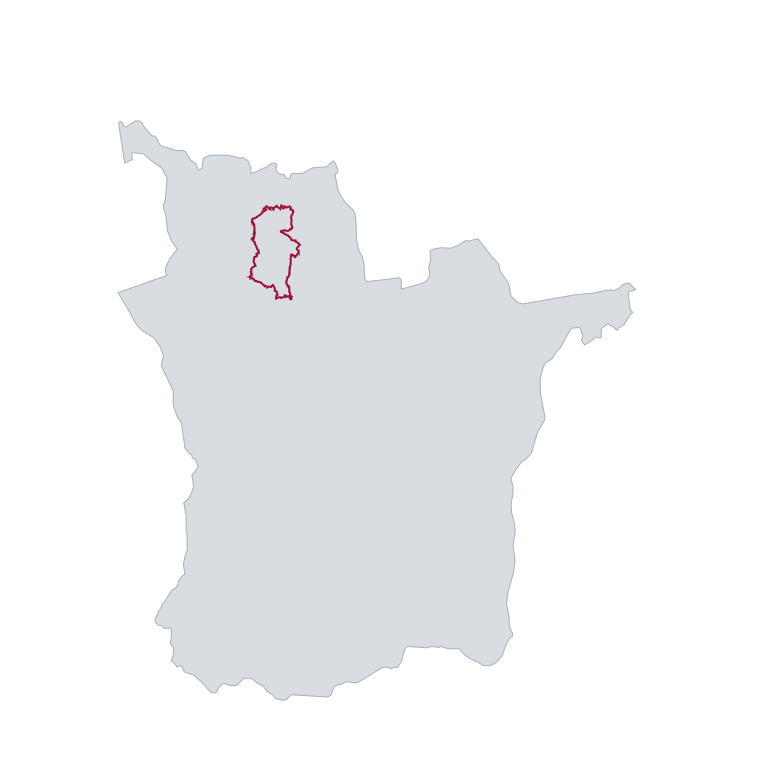 Kamina, Katanga, Democratic Republic of the Congo (highlighted), rotated 171°
{"feature_id": "63176286B31000864957103", "entity_name": "Kamina", "entity_type": "district", "adm_level": 2, "iso_a3": "COD", "parent_name": "Democratic Republic of the Congo", "parent_adm1": "Katanga", "projection": "natural_earth1", "projection_center": [24.927, -8.635], "detail": "fine", "context": "in_parent", "style": "outline", "palette": "rose", "viewbox_px": 768, "rotation_deg": 171, "n_neighbors": 0, "source": "geoboundaries", "source_scale": "gbopen_adm2", "svg_char_len": 9651}
<svg xmlns="http://www.w3.org/2000/svg" viewBox="0 0 768 768"><g transform="rotate(171 384 384)"><path d="M632.4,515.8L581.3,525.2L582.3,528.5L581.8,532.1L580.5,534.8L575.3,542.1L567.5,548.9L567.5,550.5L571.3,558.0L573.8,568.3L573.1,586.4L574.1,591.3L573.9,595.1L571.3,599.4L566.1,621.2L569.5,631.8L579.6,641.7L585.4,649.0L595.4,651.6L597.0,651.2L597.6,645.1L605.5,642.8L605.4,681.7L604.8,683.9L603.3,684.4L601.4,683.2L600.8,679.4L598.7,677.9L589.1,682.6L586.6,682.5L583.9,681.7L582.0,679.7L581.4,676.8L574.6,665.4L571.3,664.6L567.5,654.4L552.3,646.9L546.4,646.4L543.4,644.1L540.4,636.0L535.3,630.9L534.2,625.1L533.2,624.3L530.0,625.5L527.4,634.6L523.9,636.7L517.7,636.9L502.0,634.3L490.8,629.6L487.9,629.9L483.4,625.7L481.6,618.7L482.6,613.3L481.7,612.6L464.7,617.1L460.6,619.8L456.7,619.1L455.5,617.6L457.2,613.9L456.4,609.9L455.1,608.0L450.1,606.6L448.5,602.3L445.4,601.6L444.3,602.3L443.6,605.2L441.7,606.2L431.6,604.8L420.9,608.6L406.7,607.5L400.0,612.1L399.0,612.0L397.5,609.7L396.2,602.3L396.9,600.3L399.0,598.8L399.7,595.9L399.0,588.2L399.6,586.4L398.8,582.0L396.7,575.0L393.7,569.3L387.2,560.7L386.0,556.7L386.5,547.1L388.5,531.8L388.2,520.6L385.6,513.2L385.0,505.3L386.7,491.1L385.0,487.7L352.6,486.5L351.3,485.4L350.6,483.5L352.1,475.0L332.4,477.2L326.5,478.8L322.8,482.2L321.6,486.6L321.5,492.7L318.5,498.6L317.7,508.6L312.3,509.7L306.8,509.7L296.3,507.6L286.0,510.4L281.0,513.1L278.4,511.8L269.2,512.8L268.0,512.1L257.4,492.4L252.6,485.9L251.7,482.6L252.1,479.6L250.8,475.5L245.9,465.4L244.9,460.7L245.1,453.3L244.6,450.9L240.1,444.5L237.2,442.4L234.0,441.3L181.0,442.2L163.5,441.0L150.8,441.8L144.3,441.3L142.5,440.3L136.7,441.7L133.6,444.3L129.0,445.7L126.2,445.2L120.7,437.9L128.1,436.6L128.7,435.9L129.1,418.4L127.1,415.9L131.1,412.9L137.5,405.2L143.8,402.4L144.6,400.8L146.0,400.9L148.3,404.2L153.7,408.4L160.5,404.7L161.2,403.6L162.0,396.1L163.7,395.5L166.6,397.1L168.2,397.1L171.1,394.9L179.7,391.2L182.3,396.0L179.9,400.3L181.0,403.4L181.2,408.2L182.6,409.3L189.4,409.8L191.4,408.6L204.8,391.4L208.3,389.4L214.0,382.6L221.5,379.5L224.8,374.1L229.1,364.4L231.0,350.5L230.2,326.5L230.9,323.3L239.9,312.5L249.2,292.8L255.5,287.6L260.3,285.6L267.6,278.4L273.4,271.1L272.6,262.5L273.9,255.3L277.1,246.1L278.1,236.4L277.0,226.2L277.5,217.8L281.8,204.5L282.2,189.2L286.1,176.3L293.8,160.0L297.5,147.8L296.8,135.9L297.8,127.0L297.5,121.8L296.0,117.3L296.8,114.5L299.7,113.3L303.4,108.8L309.9,97.0L317.0,91.3L321.9,89.5L327.0,89.7L330.3,90.7L335.7,95.3L341.9,99.0L346.5,103.6L351.1,110.8L362.0,112.3L366.7,114.9L369.6,115.9L370.7,115.2L372.9,115.6L378.1,117.7L382.3,116.6L402.6,121.3L404.9,118.9L410.6,106.6L414.8,102.4L421.8,102.0L427.2,104.3L430.1,104.3L455.0,93.8L458.3,93.2L467.3,95.8L473.2,94.1L475.6,94.6L480.7,92.8L484.9,85.4L488.3,83.6L524.2,91.6L529.6,87.7L532.2,87.2L540.2,90.1L542.6,94.6L547.4,98.5L550.9,104.9L556.2,108.5L558.9,112.0L562.0,114.4L568.5,115.2L576.8,109.4L582.7,110.0L588.5,113.1L590.6,113.0L595.0,109.6L597.3,106.0L599.6,105.2L603.1,106.8L605.9,110.2L608.4,115.1L617.4,126.2L626.1,130.8L628.3,137.6L631.4,137.0L633.0,137.6L635.2,141.9L636.8,142.7L637.1,144.5L634.9,148.5L632.9,156.2L635.6,161.0L633.4,167.9L632.2,175.0L635.0,176.8L638.7,176.7L642.0,180.4L644.6,180.9L647.3,184.9L646.7,188.2L638.2,199.7L625.3,213.9L621.0,215.6L618.8,218.3L617.2,222.4L613.4,225.9L610.5,227.4L610.3,237.6L606.0,248.3L604.3,250.4L602.0,267.7L602.4,270.7L600.0,284.8L600.4,298.0L594.2,302.1L589.9,308.6L588.0,313.1L588.1,323.8L581.0,330.4L580.5,331.9L582.3,339.4L584.8,340.6L584.9,343.2L590.6,351.3L590.2,376.3L590.6,378.7L593.5,384.6L595.5,396.0L593.3,410.3L601.1,436.7L597.5,446.4L599.2,455.6L603.8,465.3L614.7,474.9L617.7,478.8L620.4,484.1L623.0,492.4L632.4,515.8Z" fill="#d9dde1" stroke="#a8b0b8" stroke-width="1"/><path d="M499.6,510.3L499.1,510.0L498.8,510.0L498.2,509.4L498.3,509.3L497.8,509.4L496.9,508.3L496.5,508.3L496.5,508.0L496.3,508.0L496.1,507.6L495.9,506.7L495.5,506.4L495.5,506.5L495.2,505.9L494.6,506.0L494.3,505.8L494.1,505.8L493.8,505.7L493.3,505.2L492.9,504.8L492.8,504.6L492.4,504.7L491.8,504.3L491.2,504.4L490.6,504.2L490.0,503.4L489.0,502.7L488.7,502.0L487.3,500.2L486.8,500.1L486.6,499.9L486.3,499.0L485.5,499.1L485.3,499.3L484.8,499.0L484.3,497.4L484.0,497.5L483.7,497.9L482.9,498.2L482.4,498.0L481.4,498.2L480.8,497.7L480.2,497.6L480.1,497.8L479.8,497.9L479.6,498.0L479.6,497.9L478.7,498.5L478.7,499.0L478.3,499.2L477.9,498.8L477.6,497.6L477.3,496.9L476.9,495.6L477.0,494.6L477.4,493.7L477.4,493.2L477.0,492.8L475.5,492.2L475.4,491.7L475.6,491.0L475.6,490.0L475.0,489.2L475.4,488.6L476.5,487.9L476.9,487.5L476.9,486.5L477.4,485.5L477.2,485.1L475.1,485.9L473.8,486.1L473.0,486.0L472.5,485.2L472.2,485.1L471.8,485.1L471.2,485.5L470.6,485.4L469.7,485.5L467.9,486.4L468.0,487.2L467.6,487.1L467.4,486.8L467.9,485.9L467.4,485.1L466.5,485.5L464.9,485.9L464.5,485.8L464.4,485.3L464.0,484.7L463.3,482.6L462.9,482.2L462.3,482.2L461.9,483.7L461.5,484.1L461.4,484.4L461.6,484.6L461.5,484.8L461.7,485.0L462.0,484.9L462.3,485.1L462.4,485.3L462.3,485.6L462.8,486.1L462.5,487.3L462.6,487.6L462.5,487.8L462.5,488.4L463.0,488.9L463.1,489.5L462.9,490.1L463.1,490.8L462.7,491.5L462.8,491.6L462.6,492.1L462.8,492.8L462.5,493.5L462.7,493.9L463.0,494.2L462.9,494.5L462.5,494.5L462.4,495.0L462.6,495.3L463.2,495.5L463.3,495.9L463.8,495.7L464.0,495.9L463.9,497.1L464.0,497.4L464.5,497.8L464.5,498.0L464.6,499.1L464.5,499.3L464.7,499.7L464.6,500.3L464.5,500.5L464.3,500.4L464.0,500.7L464.1,501.4L463.7,502.1L463.4,503.0L462.9,503.8L462.9,504.2L462.8,504.4L462.4,504.1L461.9,504.4L461.4,505.3L460.8,506.0L460.8,506.3L460.3,506.7L460.5,507.3L460.2,507.7L460.1,508.5L459.7,508.8L459.8,509.2L459.7,509.6L459.8,509.6L459.6,510.1L459.7,511.0L459.6,511.5L459.1,511.9L458.8,512.4L458.8,512.8L458.9,513.1L459.1,513.1L459.2,513.5L459.1,513.8L458.5,514.9L457.6,516.3L457.6,517.1L457.2,518.0L457.1,518.8L457.2,519.1L457.0,520.0L456.6,520.9L456.8,521.3L456.7,522.4L456.5,523.0L456.1,523.6L455.8,524.6L455.9,525.4L455.7,526.0L455.4,526.4L455.1,526.5L454.6,526.3L453.9,525.3L453.6,525.5L453.2,525.4L452.7,524.2L452.2,523.8L452.0,523.1L451.8,523.1L451.5,524.0L451.2,524.4L450.3,524.5L448.2,527.2L447.9,527.1L447.8,526.9L447.7,528.0L447.4,528.3L447.3,529.1L448.5,529.9L449.0,530.8L449.0,531.3L448.8,531.7L447.3,533.1L446.5,534.2L446.2,534.5L445.5,534.6L445.7,535.3L446.1,535.9L448.3,538.1L448.7,538.2L449.2,538.6L449.3,538.9L449.0,539.2L448.9,539.7L450.3,539.8L451.6,540.3L452.1,540.2L452.4,540.6L453.0,540.9L453.2,541.2L453.2,541.9L453.6,543.1L454.1,543.8L455.0,544.5L455.2,545.3L455.5,545.7L456.8,546.3L457.1,546.7L458.5,547.5L458.8,548.1L459.3,548.2L459.7,548.7L459.7,549.2L459.9,549.4L460.6,549.7L461.5,549.9L462.0,550.3L462.1,550.8L462.0,551.1L461.0,551.3L457.6,551.4L457.2,550.9L456.7,550.6L455.3,550.3L454.5,550.3L453.7,550.5L453.2,550.8L452.7,551.6L452.2,552.0L451.4,551.4L450.3,552.5L450.3,553.0L450.0,553.2L450.2,553.6L450.2,554.1L450.4,554.5L450.3,555.2L450.7,556.4L450.5,557.2L450.4,557.8L449.6,560.1L449.5,560.9L449.9,562.3L449.5,563.0L449.3,564.7L448.5,565.3L447.6,566.5L446.8,567.9L446.6,568.4L447.0,568.6L446.8,569.8L447.0,570.3L447.9,570.4L449.2,571.0L449.2,571.7L448.7,572.1L448.6,572.3L448.6,573.5L448.9,573.8L449.4,574.1L450.1,574.0L450.8,574.2L451.3,573.8L451.9,573.9L452.5,573.5L453.5,573.9L454.0,574.9L454.3,575.1L454.5,574.8L454.4,574.4L454.7,574.3L455.2,573.4L456.2,573.2L456.6,574.3L456.6,574.9L457.0,575.5L457.0,576.2L457.5,576.7L457.7,577.2L457.7,575.6L458.7,574.2L459.0,573.1L459.4,573.6L461.0,574.9L461.7,575.8L462.1,576.8L462.6,576.7L463.5,575.8L465.4,575.3L465.6,574.8L465.5,574.2L465.9,573.5L466.2,573.9L466.2,574.5L467.0,575.6L467.8,575.8L468.7,576.4L468.9,576.3L469.1,575.9L469.5,575.6L469.5,574.9L469.3,574.4L469.5,574.5L470.7,575.7L471.1,576.3L471.5,577.6L471.9,577.9L472.2,577.8L473.2,577.5L473.3,577.2L474.1,576.5L475.4,576.1L475.8,575.3L474.3,575.0L473.3,574.9L473.3,574.2L474.5,574.1L476.2,572.9L476.8,573.1L477.3,573.1L477.8,572.1L478.5,571.2L483.0,569.1L485.0,568.0L485.9,567.8L487.3,568.1L488.3,567.3L488.7,567.1L488.8,566.6L488.6,566.1L488.9,565.4L488.6,565.4L488.3,565.0L488.1,564.3L488.3,564.2L488.8,564.4L488.8,564.0L488.8,563.8L488.5,564.0L488.2,563.9L488.2,562.7L487.8,562.6L487.2,562.0L487.4,561.8L487.9,562.2L488.2,562.2L487.7,560.9L487.8,560.7L487.5,560.5L487.3,559.3L487.5,558.8L487.7,558.0L487.5,557.5L487.7,557.1L488.0,556.6L487.8,556.0L488.1,555.5L488.1,555.0L488.5,554.8L488.5,554.4L488.1,554.1L488.4,553.8L488.5,553.4L489.1,552.8L488.7,552.3L488.8,551.8L489.2,551.7L489.0,551.3L489.1,550.9L488.7,551.2L489.3,549.4L489.6,549.2L489.7,548.2L489.8,548.1L490.1,548.4L490.4,549.0L491.0,548.9L491.2,548.6L491.1,548.3L491.3,548.4L491.4,548.1L491.8,548.0L492.0,547.5L491.6,547.3L490.9,546.5L490.9,546.0L490.5,545.5L490.5,545.2L490.2,545.1L490.0,544.7L489.4,544.3L489.4,543.7L489.6,543.3L489.5,542.0L489.3,541.8L489.0,541.0L488.6,540.6L488.5,538.8L488.2,537.8L488.1,537.7L488.1,536.9L487.6,536.2L487.0,535.7L487.1,535.4L487.0,535.2L487.4,534.7L487.5,534.3L487.0,533.6L487.0,533.2L487.1,532.7L489.6,532.7L489.8,532.0L489.3,531.2L489.3,530.6L489.4,530.3L490.3,530.0L490.8,529.6L491.8,529.7L492.1,529.8L492.3,529.4L492.4,528.7L493.3,527.0L493.2,526.6L493.6,525.5L493.5,524.2L493.2,523.3L493.0,523.2L492.8,522.3L492.5,521.9L492.4,520.8L493.7,520.7L494.3,520.1L495.2,519.9L495.6,519.6L496.2,519.5L497.3,518.4L497.4,517.9L497.3,517.1L497.1,517.5L497.1,517.3L497.2,516.7L497.4,516.7L497.7,515.8L497.9,515.7L497.9,515.0L497.9,514.9L498.1,515.0L498.1,514.8L498.1,514.4L497.4,514.0L497.3,513.8L497.4,512.8L497.6,512.5L497.6,512.2L498.2,512.2L498.6,511.5L498.8,511.6L499.1,511.5L499.2,511.3L499.1,511.0L499.3,510.7L499.5,510.8L499.5,510.3L499.6,510.3Z" fill="none" stroke="#9f1239" stroke-width="2"/></g></svg>